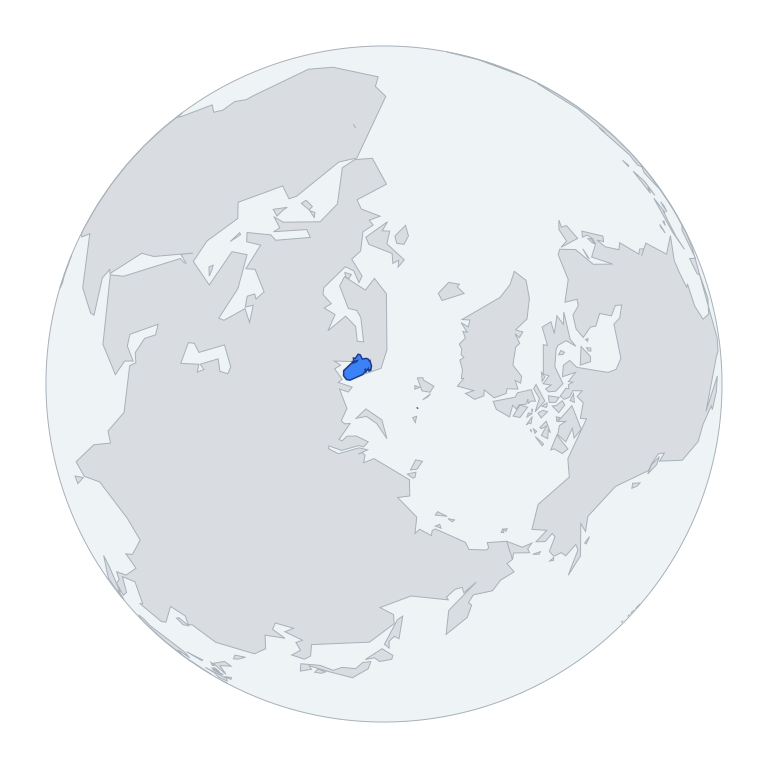 Murmansk on an orthographic globe, rotated 122°
{"feature_id": "RUS-2333", "entity_name": "Murmansk", "entity_type": "Region", "adm_level": 1, "iso_a3": "RUS", "parent_name": "Russia", "parent_adm1": "", "projection": "orthographic", "projection_center": [34.347, 73.115], "detail": "coarse", "context": "on_globe", "style": "filled", "palette": "blue", "viewbox_px": 768, "rotation_deg": 122, "n_neighbors": 0, "source": "natural_earth", "source_scale": "10m", "svg_char_len": 12112}
<svg xmlns="http://www.w3.org/2000/svg" viewBox="0 0 768 768"><g transform="rotate(122 384 384)"><circle cx="384" cy="384" r="338" fill="#eef3f6" stroke="#a8b0b8"/><path d="M82.2,232.0L95.8,207.8L104.6,195.4L168.7,125.6L179.1,118.2L185.3,116.4L236.6,96.4L200.5,105.6L214.7,98.0L231.7,92.0L229.0,94.9L249.5,92.0L266.3,87.1L290.6,90.7L303.4,109.5L293.9,109.6L298.0,114.4L310.3,114.8L317.3,113.9L348.2,133.4L388.2,141.0L402.3,134.9L398.1,143.1L425.8,126.3L448.5,126.4L421.9,131.6L418.4,136.3L433.4,138.8L433.0,144.2L440.1,148.7L438.3,155.1L423.0,158.0L421.6,162.2L432.2,163.8L437.2,171.5L421.8,168.4L428.9,181.5L404.5,189.5L364.7,177.5L350.0,188.5L306.2,193.8L309.1,199.2L294.4,205.1L292.3,213.6L284.8,212.4L289.6,220.3L296.9,219.7L301.5,223.1L300.9,228.1L291.2,227.5L290.1,224.8L286.9,227.3L282.3,224.8L284.3,228.9L272.6,227.7L283.2,236.5L273.1,241.8L265.6,239.0L267.7,229.4L255.5,200.2L248.6,194.9L236.7,196.7L211.4,220.7L203.1,219.1L191.0,224.3L194.8,229.4L205.7,227.3L209.9,238.5L222.7,235.0L226.3,239.1L238.9,239.7L235.5,250.3L225.3,260.4L214.7,260.6L209.9,265.2L218.8,273.9L197.8,283.1L181.9,305.0L176.6,306.4L168.5,292.8L171.6,270.0L161.1,253.5L166.3,275.2L153.0,278.8L150.2,284.2L150.0,290.5L154.4,293.5L149.5,297.2L142.6,276.8L146.9,273.2L149.1,279.6L150.4,269.0L145.6,255.9L139.3,259.0L138.8,236.7L134.2,238.8L131.6,235.4L138.9,233.4L125.8,236.6L124.2,213.2L106.3,219.8L125.6,203.2L133.5,191.7L141.6,178.6L138.7,179.3L153.3,161.7L160.0,147.8L152.7,145.7L139.9,154.6L124.5,173.5L124.4,177.3L115.7,191.3L112.3,186.5L95.5,212.9L91.6,215.4L85.4,225.9L79.4,238.3L72.5,253.7L70.9,260.5L67.0,275.3L63.3,280.3L63.9,285.3L59.7,297.0L53.9,331.3L53.5,329.7L48.0,365.4L48.0,401.2L47.9,413.0L47.3,411.5L48.6,424.0L48.7,425.9L59.1,476.2L68.8,505.6L69.1,506.6L61.3,484.2L55.0,461.3L50.4,438.0L47.5,414.5L46.1,390.8L46.5,367.1L48.5,343.4L52.2,320.0L57.5,296.8L64.4,274.1L72.9,252.0L75.2,247.2L78.8,239.3L80.6,235.2L82.2,232.0ZM439.7,51.0L440.2,51.5L434.7,50.3L439.7,51.0ZM444.0,52.5L443.1,52.1L444.5,52.5L444.0,52.5ZM447.3,53.2L444.9,52.7L447.8,53.2L447.3,53.2ZM452.0,54.2L449.4,53.7L449.8,53.7L452.0,54.2ZM102.2,220.0L83.5,253.6L89.5,236.2L89.2,239.0L94.9,230.1L104.0,214.7L110.6,200.5L102.2,220.0ZM458.9,56.0L460.5,56.5L458.2,56.1L458.9,56.0ZM104.1,231.0L107.0,225.5L104.8,230.7L104.1,231.0ZM320.5,112.7L310.5,114.3L299.6,112.1L307.9,110.1L320.5,112.7ZM341.1,118.5L336.4,120.5L332.2,114.5L336.2,115.2L341.1,118.5ZM412.5,129.5L404.5,128.9L412.4,127.7L412.5,129.5ZM441.3,148.2L443.7,146.7L446.3,149.7L441.3,148.2ZM240.0,233.9L239.4,236.7L237.3,235.1L240.0,233.9ZM245.9,231.5L243.9,227.7L246.5,226.0L247.6,228.4L245.9,231.5ZM446.1,162.2L449.6,167.6L443.4,162.6L446.1,162.2ZM247.8,236.7L251.2,223.5L255.7,220.7L264.0,227.6L247.8,236.7ZM449.9,171.1L458.6,184.5L464.6,182.1L452.4,196.6L449.1,180.2L440.5,174.3L447.5,174.8L449.9,171.1ZM299.5,217.4L291.7,218.2L298.7,212.9L299.5,217.4ZM302.8,213.2L317.9,192.7L329.1,194.2L321.8,200.7L336.7,199.2L334.8,210.0L326.2,213.2L319.3,210.0L323.8,216.7L302.8,213.2ZM444.3,202.5L444.1,206.3L441.4,202.9L444.3,202.5ZM303.8,224.0L305.9,219.6L315.7,220.6L313.5,229.6L311.0,226.4L303.8,224.0ZM341.6,193.6L348.5,196.0L348.9,205.4L351.6,207.6L335.7,210.4L341.6,193.6ZM308.5,228.7L312.1,234.1L306.9,238.3L302.5,228.4L308.5,228.7ZM319.3,217.1L323.8,218.1L320.5,220.5L319.3,217.1ZM290.6,256.6L292.8,251.2L298.1,251.2L290.6,256.6ZM313.7,235.9L315.5,234.4L317.9,233.9L319.1,238.3L313.7,235.9ZM337.1,216.9L335.8,220.4L343.6,216.2L344.2,223.3L333.5,223.9L338.3,226.6L338.5,228.7L329.6,226.8L337.1,216.9ZM327.4,241.1L314.0,244.5L308.7,254.6L303.8,254.8L313.2,238.6L327.4,241.1ZM329.5,232.8L327.1,238.0L322.2,235.5L320.8,230.6L329.5,232.8ZM348.4,227.9L350.3,216.9L352.6,217.2L348.4,227.9ZM326.8,244.4L330.1,243.5L327.0,245.4L326.8,244.4ZM342.9,233.5L343.2,229.5L345.8,229.9L342.9,233.5ZM336.3,245.2L332.0,246.2L330.9,242.8L336.3,245.2ZM340.1,240.2L343.5,241.7L333.1,241.0L339.8,238.3L340.1,240.2ZM345.3,234.5L346.9,233.4L344.8,236.1L345.3,234.5ZM342.8,257.6L329.9,257.5L327.6,249.9L340.4,251.0L342.8,257.6ZM260.7,698.6L267.1,700.3L263.7,696.9L238.3,677.6L243.8,672.4L237.2,665.8L223.5,660.2L215.9,651.6L207.7,646.9L157.1,614.9L142.4,595.1L126.6,551.7L136.2,549.0L139.2,534.9L206.7,526.8L219.6,539.9L271.2,557.7L277.3,562.7L269.7,574.9L307.2,604.0L321.1,595.7L356.5,609.9L381.1,610.7L392.6,584.7L352.3,583.0L346.9,568.7L380.3,558.5L415.7,559.0L414.8,553.5L393.7,541.8L403.1,530.6L386.5,536.6L392.3,542.5L382.0,546.5L376.2,541.4L379.7,537.6L369.4,534.5L355.1,554.1L359.4,562.2L331.6,562.2L336.1,575.9L328.1,580.4L317.5,559.0L319.5,552.0L298.7,524.1L294.0,531.4L313.4,558.4L306.8,555.1L300.6,565.6L300.1,555.0L280.2,524.1L256.0,518.9L222.8,533.9L209.2,527.7L198.8,513.5L213.2,487.8L242.1,504.5L247.6,496.1L243.8,476.3L252.9,483.3L254.9,477.4L266.0,482.5L283.6,474.3L295.2,477.5L304.1,459.7L311.3,459.0L304.0,469.7L305.1,479.0L334.2,486.1L340.4,483.2L343.8,471.2L351.3,474.9L351.0,462.3L368.6,459.8L346.8,452.5L350.2,438.6L361.9,429.4L359.1,423.6L340.1,438.7L336.0,446.0L338.8,454.3L324.3,473.6L313.9,474.4L314.2,449.5L299.5,448.1L306.2,429.8L353.5,399.6L372.3,394.8L399.1,416.5L393.7,425.5L381.3,422.1L390.9,438.3L391.0,430.7L397.3,433.9L402.2,421.9L406.9,423.6L403.5,409.3L409.8,410.1L411.8,419.1L424.4,402.5L438.0,400.7L438.6,396.2L435.4,391.8L454.8,392.8L454.4,389.4L447.9,387.7L442.8,380.0L441.4,366.8L448.2,367.9L449.6,372.8L462.8,384.8L465.6,397.9L468.2,397.0L467.4,385.9L451.3,371.2L448.5,363.0L457.1,368.7L453.7,366.0L454.5,362.3L461.6,359.6L452.6,352.9L451.7,311.7L465.3,302.8L473.0,312.3L479.5,285.7L494.4,278.5L488.3,276.9L487.4,263.5L482.7,265.5L479.7,263.7L475.1,231.0L479.3,224.4L470.5,209.1L467.4,208.4L463.8,212.4L452.4,196.6L464.6,182.1L471.1,184.5L474.4,174.2L488.6,181.2L501.8,182.4L515.5,196.5L524.8,196.5L525.0,192.5L537.8,189.7L563.4,198.6L541.8,209.1L503.1,200.8L518.8,205.6L515.0,209.9L520.5,215.0L531.6,218.1L533.0,215.1L549.5,248.8L575.7,268.9L574.5,253.7L581.9,248.4L610.6,259.5L643.4,307.4L653.6,302.1L659.6,305.7L662.7,318.6L654.0,313.7L649.9,321.8L644.5,317.3L646.6,336.8L639.0,331.2L644.3,349.5L651.1,348.6L652.1,333.2L660.0,351.8L671.3,344.1L681.4,350.8L692.2,389.8L689.9,418.8L691.6,422.7L686.0,429.6L685.7,447.2L701.5,442.7L703.4,446.9L699.6,474.4L698.2,472.2L683.7,490.4L686.0,503.7L697.2,491.9L701.2,493.0L694.8,505.2L690.1,505.0L684.9,511.2L682.7,501.4L671.6,496.7L664.8,513.0L661.9,507.0L645.5,508.1L633.9,530.6L617.7,573.2L621.1,589.3L613.1,603.9L589.3,597.9L579.0,584.6L570.1,593.1L545.8,589.4L503.2,609.4L497.4,605.7L489.3,611.6L472.2,611.2L463.4,603.8L453.0,607.2L476.5,625.8L487.8,621.8L497.5,608.9L501.9,616.1L518.4,616.8L499.3,643.4L436.4,674.0L430.7,662.0L385.5,623.2L387.1,617.7L387.0,617.1L386.4,616.0L381.8,624.9L374.2,615.4L397.8,646.7L401.5,658.7L435.5,674.9L432.2,677.3L443.2,679.1L479.3,666.4L479.4,670.3L462.1,690.5L412.5,713.1L419.5,718.2L416.5,720.3L410.6,720.9L385.2,721.9L359.7,721.0L334.4,718.3L309.4,713.6L284.7,707.0L260.7,698.6ZM182.0,543.7L179.8,547.8L182.0,543.7ZM452.6,571.8L474.2,567.3L465.4,551.5L472.9,548.6L467.1,544.4L464.6,550.4L450.6,538.0L460.2,529.9L458.1,521.9L450.7,523.0L435.4,540.0L455.3,557.7L450.0,566.4L452.6,571.8ZM53.9,332.3L52.7,337.5L53.3,331.9L53.9,332.3ZM88.0,235.2L85.1,241.8L82.9,245.9L84.6,241.0L88.0,235.2ZM70.0,292.0L67.9,300.3L69.0,292.3L70.0,292.0ZM81.1,259.0L71.5,285.5L74.0,270.7L80.4,254.2L77.3,264.6L81.1,259.0ZM100.6,229.4L98.3,233.7L97.4,233.0L100.6,229.4ZM102.6,234.8L103.1,233.3L105.2,230.9L102.6,234.8ZM153.5,280.0L153.9,281.8L152.6,288.2L151.0,285.2L153.5,280.0ZM160.3,317.5L152.3,322.6L156.9,316.7L153.0,313.3L157.9,296.9L174.3,306.3L166.0,304.9L160.3,317.5ZM169.0,278.0L164.0,287.1L168.8,276.8L169.0,278.0ZM254.9,441.0L258.0,447.7L252.7,453.2L238.1,449.8L245.5,441.7L254.9,441.0ZM263.6,455.9L268.0,432.6L277.3,434.0L271.3,437.1L277.0,440.4L269.0,446.3L273.6,470.7L269.2,477.2L244.5,467.0L255.0,466.7L251.3,460.1L263.6,455.9ZM262.8,373.4L264.8,364.0L282.4,379.0L278.4,386.0L263.6,383.0L259.4,372.9L262.8,373.4ZM261.9,251.8L261.5,247.8L264.2,247.9L266.7,251.4L261.9,251.8ZM291.2,254.1L266.3,269.7L264.6,265.8L252.0,280.0L242.7,275.4L251.1,266.3L234.5,273.5L238.4,263.5L227.7,269.6L247.5,249.8L250.3,241.3L250.7,252.5L259.2,257.0L263.7,256.3L278.7,248.3L289.0,232.4L299.1,234.6L303.5,240.3L302.5,244.4L296.3,241.7L299.5,249.2L289.7,248.4L291.2,254.1ZM348.9,310.0L342.0,304.4L346.9,320.6L337.1,319.4L338.3,321.4L330.6,324.8L323.4,332.4L319.2,330.3L318.2,334.2L313.1,336.6L310.3,341.3L301.8,339.3L297.6,345.0L296.0,340.8L291.1,351.1L290.9,342.6L284.3,345.2L288.0,352.0L249.0,331.4L232.8,329.8L219.4,333.2L220.8,318.5L234.3,306.1L253.0,297.2L268.4,301.1L266.3,293.9L273.0,293.7L271.9,299.4L277.6,290.5L282.9,291.9L299.6,284.8L304.6,271.4L310.9,268.6L311.5,274.6L317.3,267.7L322.8,277.1L327.3,275.4L337.3,283.2L335.9,295.9L341.2,293.1L349.0,299.0L348.9,310.0ZM345.4,260.1L346.0,275.3L340.9,282.2L325.7,265.8L320.7,266.1L310.8,256.2L318.3,246.5L320.5,250.2L324.3,251.5L320.4,254.0L326.4,253.0L329.6,258.2L335.1,258.8L333.8,263.6L345.4,260.1ZM285.4,559.6L290.3,561.9L298.3,563.7L294.6,570.5L285.4,559.6ZM271.4,538.8L276.0,539.6L274.6,549.8L269.5,547.5L271.4,538.8ZM279.7,531.4L276.4,538.8L275.1,533.5L279.7,531.4ZM308.4,469.7L313.5,469.7L313.6,472.8L310.2,476.3L308.4,469.7ZM361.2,358.9L358.0,354.4L359.8,352.8L359.4,340.5L366.6,340.6L369.7,348.1L361.2,358.9ZM385.1,589.4L377.4,594.5L373.9,591.9L377.3,590.7L385.1,589.4ZM333.3,584.8L344.6,589.9L332.2,586.6L333.3,584.8ZM368.9,357.0L367.9,351.9L372.1,355.1L368.9,357.0ZM371.8,340.1L377.0,342.8L367.4,339.3L371.8,340.1ZM440.3,717.2L440.9,717.1L459.6,713.2L468.7,710.2L474.6,709.5L472.2,710.2L440.3,717.2ZM702.2,497.7L694.8,514.7L678.0,530.9L684.2,520.5L700.5,497.1L699.6,500.6L704.5,490.3L703.0,495.5L702.2,497.7ZM714.2,455.9L713.6,458.6L711.3,467.8L709.8,469.1L710.7,462.5L712.9,454.5L716.8,412.5L719.1,403.7L718.8,418.0L720.4,412.6L718.7,430.3L718.4,432.7L714.2,455.9ZM622.7,589.4L630.7,590.8L625.8,597.2L622.7,589.4ZM715.1,391.8L715.7,409.7L714.1,391.4L715.1,391.8ZM712.2,378.6L713.8,380.3L711.8,383.2L712.2,378.6ZM694.6,426.7L692.5,435.8L690.9,434.1L692.5,421.5L694.6,426.7ZM689.1,356.6L695.1,362.5L696.8,366.1L692.9,366.7L689.1,356.6ZM428.8,352.6L421.4,369.3L420.8,381.8L427.9,389.5L414.7,386.1L415.6,366.7L428.8,352.6ZM448.1,316.5L441.8,310.2L446.5,308.3L448.6,309.5L448.1,316.5ZM442.9,316.0L431.5,316.9L429.2,310.4L438.7,310.9L442.9,316.0ZM400.1,337.1L397.4,341.9L394.1,339.2L400.1,337.1ZM720.4,415.6L720.9,409.2L721.2,401.3L721.8,376.5L721.0,407.1L721.2,405.9L720.4,415.6ZM721.4,365.0L721.0,360.1L720.9,357.9L721.4,365.0ZM720.3,368.6L718.7,374.7L719.0,385.3L717.0,361.4L719.0,359.5L720.3,368.6ZM716.5,368.5L716.9,378.4L715.4,366.4L716.5,368.5ZM716.0,379.2L714.4,377.4L715.0,371.1L716.0,379.2ZM716.6,364.2L713.8,357.8L715.6,357.2L716.6,364.2ZM709.8,373.9L713.9,364.2L711.4,380.8L703.8,372.3L704.3,364.1L709.8,373.9ZM665.1,290.0L660.8,289.1L659.2,281.1L662.6,283.9L665.1,290.0ZM649.8,255.0L657.3,278.7L662.6,298.2L664.4,294.3L671.8,302.8L665.3,306.3L656.5,289.2L653.7,275.3L646.5,269.4L640.4,257.2L631.3,254.4L626.5,248.1L633.8,246.5L649.8,255.0ZM627.5,253.8L609.5,245.4L609.5,232.6L613.4,231.6L621.7,240.7L621.2,246.9L627.5,253.8ZM605.2,239.7L604.5,245.7L576.8,247.7L570.9,245.1L592.0,236.3L592.5,241.5L599.4,243.4L605.2,239.7ZM447.8,206.0L444.4,206.3L446.6,203.6L447.8,206.0ZM477.2,265.2L473.5,262.4L476.1,259.2L477.2,265.2ZM464.7,252.9L464.3,258.4L461.9,252.2L464.7,252.9ZM463.9,270.9L462.8,260.4L467.9,271.1L463.9,270.9Z" fill="#d9dde1" stroke="#a8b0b8" stroke-width="1"/><path d="M371.5,408.4L375.3,404.2L379.4,402.5L381.5,403.9L379.4,403.7L380.2,405.1L379.5,405.6L382.3,405.7L381.7,406.6L382.3,407.0L381.3,407.7L381.2,408.5L381.3,407.9L382.1,407.6L382.7,406.3L387.4,407.2L398.8,414.9L400.1,418.3L398.4,422.7L394.1,425.2L384.3,422.7L379.5,419.0L378.3,419.0L381.6,422.1L379.9,422.4L378.2,423.7L377.5,421.9L372.4,421.7L371.9,419.5L374.3,415.6L371.6,412.5L371.3,410.4L372.2,408.7L371.5,408.4ZM383.2,406.1L383.7,405.8L384.1,406.2L383.2,406.1ZM382.0,422.8L381.5,422.2L382.1,422.7L382.0,422.8ZM386.5,342.6L386.3,342.4L386.5,342.5L386.5,342.6ZM379.4,419.1L379.5,419.3L379.4,419.2L379.4,419.1Z" fill="#3b82f6" stroke="#1e3a8a" stroke-width="1.5"/></g></svg>